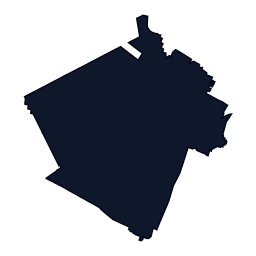 Tizayuca, Hidalgo, Mexico
{"feature_id": "50627088B81071205197535", "entity_name": "Tizayuca", "entity_type": "district", "adm_level": 2, "iso_a3": "MEX", "parent_name": "Mexico", "parent_adm1": "Hidalgo", "projection": "natural_earth1", "projection_center": [-98.946, 19.853], "detail": "fine", "context": "isolated", "style": "filled", "palette": "ink", "viewbox_px": 256, "rotation_deg": 0, "n_neighbors": 0, "source": "geoboundaries", "source_scale": "gbopen_adm2", "svg_char_len": 4522}
<svg xmlns="http://www.w3.org/2000/svg" viewBox="0 0 256 256"><path d="M212.3,77.4L212.4,77.2L210.6,76.5L209.4,76.0L208.2,75.5L207.0,75.1L206.1,74.8L206.3,74.2L206.8,73.1L205.8,72.6L205.9,72.4L205.2,71.8L205.2,71.7L204.0,70.9L202.8,70.1L201.7,69.1L202.8,67.0L202.6,67.2L202.4,67.7L201.0,67.7L199.8,67.1L198.5,66.3L199.4,64.6L198.3,63.8L197.4,63.3L197.0,63.3L196.3,63.0L195.7,62.5L194.5,61.7L194.4,61.8L193.2,61.4L189.6,63.7L191.4,59.4L189.7,58.3L186.7,56.4L183.9,54.6L182.0,53.5L181.9,53.4L179.1,51.7L175.7,49.7L174.3,50.7L173.3,51.7L172.8,52.5L171.9,54.2L171.4,55.8L171.0,57.4L170.7,56.7L170.3,56.1L169.6,55.8L168.8,55.9L168.3,56.3L167.1,57.5L166.7,58.1L165.6,54.9L165.8,54.6L165.9,53.8L165.8,53.3L165.8,53.1L165.5,53.1L164.9,53.0L164.7,52.9L162.3,51.9L162.7,51.0L163.5,49.6L163.1,48.8L161.1,47.5L162.0,45.5L163.0,43.8L163.0,43.7L160.9,42.5L160.6,42.1L162.3,38.6L159.8,37.0L160.7,35.2L157.9,34.7L157.5,33.6L157.3,33.6L156.3,33.7L154.4,33.2L152.9,32.7L151.9,32.3L151.0,31.7L150.3,31.2L149.5,30.4L148.6,29.1L147.7,27.6L147.5,27.3L147.3,26.0L147.3,25.1L147.3,24.3L147.3,22.7L147.4,21.4L147.4,20.5L147.5,18.0L147.6,16.3L147.4,16.3L145.1,15.8L143.9,15.4L143.1,15.4L142.7,15.5L137.9,17.9L137.0,18.3L136.7,17.7L136.8,18.6L137.1,20.5L137.5,23.0L137.7,24.2L138.6,29.5L138.8,30.5L138.9,31.0L139.0,32.0L139.1,32.7L139.3,33.5L139.4,34.3L139.5,35.2L139.8,36.9L136.7,38.4L136.3,38.6L135.5,39.1L135.0,39.3L132.5,40.6L128.6,42.6L133.5,46.4L134.1,46.9L135.4,47.8L136.0,48.3L138.6,50.3L140.8,51.9L142.5,53.2L141.1,55.4L140.5,56.5L140.3,56.8L140.2,57.0L140.0,57.3L139.8,57.7L139.3,58.5L139.2,58.6L138.9,59.0L138.2,60.2L137.2,59.5L136.9,59.3L136.4,58.9L135.8,58.4L135.3,58.0L134.7,57.6L133.9,57.0L133.7,56.8L131.6,55.2L131.1,54.8L129.8,53.9L129.6,53.7L128.3,52.7L120.6,46.7L111.1,51.6L82.7,66.5L79.7,68.0L76.2,69.8L72.4,71.8L62.8,76.7L60.5,78.0L50.0,83.5L24.6,96.7L25.5,98.5L25.3,100.5L24.9,104.1L28.4,105.0L27.9,108.8L31.2,109.7L30.8,113.3L33.3,114.0L39.1,125.7L39.8,127.1L40.8,129.1L42.0,131.5L42.4,132.3L42.3,132.7L42.6,132.8L43.8,135.2L46.1,139.9L58.5,164.8L58.6,163.2L59.0,163.8L60.5,166.5L60.7,168.2L57.2,170.0L57.1,170.6L56.9,170.7L46.2,178.2L46.3,178.5L60.4,185.7L64.9,188.0L66.6,189.1L68.3,190.1L69.5,190.8L72.5,192.4L73.4,192.9L75.4,194.0L77.3,195.1L79.3,196.2L79.7,196.5L81.7,197.6L83.7,198.6L85.3,199.5L86.8,200.5L88.7,201.5L90.6,202.5L92.3,203.4L93.9,204.4L95.6,205.3L97.3,206.2L98.6,207.0L98.8,207.1L100.1,207.9L100.2,208.0L100.2,208.6L102.3,210.5L104.8,212.7L112.9,219.4L113.2,219.5L117.5,221.5L121.0,223.2L123.2,224.2L123.3,224.2L123.8,224.4L124.4,224.7L126.6,225.7L129.5,227.1L128.7,229.5L129.3,229.6L129.9,229.9L129.9,230.4L130.0,230.9L130.2,231.2L130.6,231.4L131.2,231.8L131.6,231.5L132.2,231.7L132.6,231.9L133.0,232.5L133.2,232.9L133.3,233.3L133.7,233.4L134.7,233.9L135.2,234.2L135.6,234.5L136.1,234.9L137.0,235.1L137.7,235.3L138.4,235.4L138.7,235.5L138.8,235.8L139.0,236.0L139.3,236.0L139.6,236.0L139.8,236.1L140.5,236.5L139.2,240.1L140.2,240.4L141.6,240.6L142.7,239.3L143.4,237.3L144.6,237.6L145.8,238.1L146.7,238.3L147.6,238.5L148.6,238.4L149.6,237.7L150.9,236.6L151.4,234.9L151.6,233.8L151.8,233.1L153.0,228.2L154.6,228.8L155.1,228.8L156.7,229.7L160.5,220.5L164.4,211.3L168.7,201.1L173.3,185.7L174.4,183.5L179.7,173.2L182.3,165.5L183.1,163.0L183.7,161.1L183.8,160.6L184.2,159.6L184.4,158.8L185.2,156.2L185.7,154.8L186.6,151.9L187.1,150.4L188.1,147.3L192.3,148.8L192.8,148.9L193.4,148.3L195.0,148.1L195.6,148.4L196.2,149.3L196.9,150.4L204.7,153.7L206.1,154.4L206.4,155.1L208.0,155.7L209.6,150.4L211.3,151.1L211.3,149.6L214.2,148.1L214.8,147.7L217.3,146.4L220.5,147.2L220.8,146.3L221.0,146.3L222.8,146.9L223.3,144.7L224.8,145.1L225.3,143.3L226.1,143.7L226.7,141.9L225.9,141.6L226.2,140.3L224.6,140.0L225.0,138.3L224.6,138.2L223.8,138.1L223.7,138.0L223.5,137.9L223.6,137.2L223.3,135.6L222.9,133.8L223.3,132.6L223.2,131.9L223.5,131.9L224.9,126.7L225.5,124.4L226.2,121.8L228.8,118.2L229.0,117.9L231.4,114.1L229.4,114.4L225.8,115.8L224.4,116.7L222.9,117.6L222.0,118.1L221.2,118.7L221.4,118.3L222.9,115.7L223.1,115.4L223.3,115.0L223.5,114.6L223.7,113.7L223.7,112.6L223.6,111.7L224.0,111.1L224.3,110.6L224.6,110.1L226.0,107.8L226.5,106.9L226.8,106.5L227.5,105.3L227.2,105.1L224.2,103.1L223.2,102.4L221.5,101.4L220.0,101.0L219.0,100.5L207.0,94.0L205.9,93.4L207.0,91.5L207.8,90.6L209.5,91.5L209.8,91.0L211.0,88.8L208.2,87.3L208.5,86.6L208.6,86.4L209.0,85.4L212.1,86.9L213.6,84.5L210.1,82.7L210.6,81.7L214.0,83.6L214.8,81.8L211.3,79.9L211.6,79.1L212.0,78.1L212.3,77.4Z" fill="#0f172a" stroke="#020617" stroke-width="1.5"/></svg>